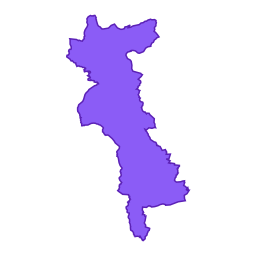 the district of Pestisani, Gorj, Romania
{"feature_id": "2599482B71789206417746", "entity_name": "Pestisani", "entity_type": "district", "adm_level": 2, "iso_a3": "ROU", "parent_name": "Romania", "parent_adm1": "Gorj", "projection": "equal_earth", "projection_center": [23.026, 45.127], "detail": "fine", "context": "isolated", "style": "filled", "palette": "violet", "viewbox_px": 256, "rotation_deg": 0, "n_neighbors": 0, "source": "geoboundaries", "source_scale": "gbopen_adm2", "svg_char_len": 5786}
<svg xmlns="http://www.w3.org/2000/svg" viewBox="0 0 256 256"><path d="M185.3,200.7L184.5,198.5L184.3,195.3L187.0,193.7L189.2,190.2L188.7,190.2L188.3,189.7L188.0,188.5L187.4,190.3L187.1,190.2L187.2,189.6L186.5,189.5L187.2,188.2L187.0,187.6L186.7,187.7L185.2,186.3L183.7,185.5L184.7,182.5L184.3,182.4L184.5,180.8L182.5,181.1L180.5,181.8L176.4,182.1L175.2,181.2L174.5,180.2L175.3,177.6L176.0,177.1L176.0,176.2L176.4,175.6L176.2,175.1L177.1,174.7L178.0,173.2L177.5,173.2L177.8,172.0L177.8,170.5L177.2,168.8L177.7,168.2L178.0,168.4L178.2,167.9L178.1,167.5L179.4,166.3L179.4,165.4L174.5,164.9L174.5,163.6L170.6,163.0L170.5,163.4L168.6,162.9L170.1,160.8L166.2,159.0L168.9,158.9L170.4,154.1L166.2,154.3L166.7,152.7L166.2,151.9L166.5,151.4L165.6,150.4L165.4,149.6L162.2,150.4L160.1,146.5L158.6,146.1L157.7,145.3L157.2,145.7L156.7,145.4L156.4,143.3L155.7,142.3L154.1,141.9L150.9,139.8L150.2,139.0L150.1,138.0L149.3,136.6L148.4,135.6L148.1,133.9L147.4,133.2L147.1,132.3L146.4,131.3L145.7,130.9L145.0,129.3L146.0,129.8L146.7,129.7L148.9,127.8L152.0,128.3L154.6,127.5L155.6,127.7L154.9,126.1L154.9,124.1L154.0,122.4L154.3,118.7L149.8,114.6L149.1,113.3L146.9,113.2L146.4,113.8L145.4,112.4L145.0,112.3L145.0,112.0L144.0,111.9L143.0,111.3L142.0,109.6L142.1,109.2L141.4,107.5L141.9,107.1L141.9,106.2L142.7,105.6L143.1,103.1L142.6,102.1L141.1,101.8L139.7,100.6L139.6,99.1L140.3,98.1L139.0,97.2L139.3,96.7L138.2,94.7L138.9,93.4L139.5,90.9L139.8,90.5L139.0,90.3L137.7,89.2L136.6,89.1L138.1,87.6L138.0,86.4L139.6,85.4L139.7,83.9L140.7,82.9L140.8,82.0L140.5,80.9L138.2,79.2L141.1,76.6L142.4,74.7L141.1,74.0L140.8,73.4L132.9,71.2L131.7,68.7L131.9,65.2L131.2,61.3L130.1,59.9L127.5,58.6L125.9,55.2L126.3,53.6L127.7,52.1L131.0,51.2L130.7,50.7L131.2,50.5L132.9,50.4L135.1,50.8L136.1,51.4L137.6,52.8L138.9,53.2L139.6,53.2L143.3,51.7L143.9,51.1L145.6,48.2L147.8,46.8L150.3,46.4L150.9,46.1L150.7,45.7L151.7,43.2L153.4,42.2L154.4,39.9L155.9,39.0L156.5,38.0L159.0,36.9L157.4,34.6L155.4,32.2L154.1,31.5L154.8,29.3L154.5,28.7L154.5,27.4L155.9,25.9L155.9,23.9L156.4,22.8L155.8,21.2L156.0,20.5L154.6,19.6L152.0,19.8L150.3,19.2L149.5,19.7L149.0,19.7L147.7,20.2L146.5,21.2L145.1,21.2L143.1,22.7L141.0,23.0L139.3,24.6L133.1,25.9L130.5,27.3L128.1,27.7L128.3,27.1L129.6,26.0L129.8,25.4L129.5,25.3L126.7,26.7L125.0,26.9L124.4,28.2L124.4,28.6L122.2,29.3L120.6,29.3L117.4,27.9L114.5,24.1L111.2,25.4L108.5,28.1L103.1,29.0L101.8,28.9L101.6,28.4L100.9,28.0L100.4,27.1L98.5,26.1L97.7,24.9L96.4,20.6L96.4,19.8L96.0,19.3L95.9,18.1L96.2,17.8L95.0,15.5L94.1,15.4L93.2,16.0L92.7,15.8L91.9,16.0L90.4,15.5L88.2,16.8L86.9,18.8L87.2,21.0L86.8,22.1L87.8,24.6L87.3,26.4L85.1,29.9L84.3,32.3L84.3,34.2L84.8,36.1L84.0,36.9L84.3,38.8L83.4,39.3L82.4,41.1L80.8,40.9L79.3,40.2L78.9,40.2L78.6,40.6L78.1,40.5L76.5,39.5L69.8,38.8L70.1,39.6L70.1,44.2L71.2,46.7L71.2,48.7L70.8,49.4L69.7,49.3L69.0,49.9L68.6,51.2L69.2,51.9L69.0,52.9L69.3,53.6L68.4,55.0L67.1,55.2L66.8,56.1L66.8,56.9L69.9,59.1L71.2,61.0L72.3,60.7L74.1,62.7L75.8,63.0L75.8,63.9L76.9,66.4L77.4,66.1L79.2,66.0L80.0,66.6L81.5,66.6L82.8,67.5L84.1,67.4L84.7,68.1L85.5,68.1L85.6,68.7L83.9,69.9L84.8,70.8L84.3,71.3L84.5,71.8L86.3,71.3L87.4,71.6L88.0,71.1L88.5,72.1L89.6,71.2L90.2,71.6L90.5,72.2L89.8,73.2L88.9,73.5L88.8,75.0L87.6,75.6L88.3,76.2L89.4,76.1L90.3,77.6L90.1,77.9L89.0,78.0L88.7,78.6L87.9,79.1L88.2,80.2L90.4,80.5L90.8,79.8L91.8,80.5L93.9,80.6L94.2,80.8L94.2,82.0L95.7,82.3L97.1,82.1L98.5,83.5L98.5,83.8L97.9,83.7L97.1,84.0L96.7,85.1L94.6,85.7L89.0,89.5L88.3,90.7L85.8,93.2L85.0,94.6L83.7,99.2L82.7,101.4L78.8,104.7L78.5,105.3L78.4,106.3L77.6,107.7L77.6,110.3L77.9,111.0L77.8,111.6L78.9,112.7L79.0,113.3L79.5,113.8L79.9,115.0L79.8,115.7L80.2,116.4L80.1,117.3L81.0,117.6L80.3,118.4L80.8,119.2L80.5,120.0L81.0,121.5L80.8,122.6L81.7,123.4L81.7,125.7L83.0,125.7L83.9,125.1L84.3,125.5L84.9,125.1L87.9,125.0L91.2,123.4L93.4,123.1L95.5,123.3L96.5,123.9L98.0,124.1L99.1,124.8L100.4,125.1L102.9,127.2L103.4,128.0L102.6,129.6L102.6,131.9L103.5,132.4L103.9,133.4L104.9,134.9L105.1,135.0L105.1,134.7L106.6,135.2L107.8,135.0L108.6,135.4L112.2,138.6L114.1,140.9L115.3,143.0L119.5,146.5L119.3,148.5L116.8,151.6L116.9,152.8L117.4,153.3L117.0,154.7L117.4,154.8L117.0,156.2L117.5,156.2L118.3,158.0L119.1,162.7L120.2,165.6L122.0,168.0L121.7,169.2L120.7,169.9L120.2,171.8L120.9,172.4L120.8,173.3L121.2,174.5L121.2,175.7L119.2,177.8L119.2,178.6L119.9,180.3L121.7,182.5L121.1,183.1L121.1,183.8L120.1,184.1L120.1,184.5L119.4,184.9L119.3,185.5L119.5,185.9L119.2,186.3L119.5,187.6L119.0,188.6L119.1,189.3L117.7,190.5L118.3,191.2L122.7,194.3L128.5,194.7L128.6,195.6L129.6,196.3L129.0,197.1L129.3,197.4L129.3,197.8L129.9,198.1L129.9,198.7L130.2,199.1L129.8,199.2L129.8,200.2L129.0,200.9L129.2,201.6L128.8,201.6L128.9,201.8L128.6,202.3L128.1,201.8L127.6,202.2L128.3,203.4L128.3,205.0L127.6,205.9L126.2,206.8L126.1,207.8L126.4,209.0L127.2,209.8L127.2,211.2L127.0,212.0L128.1,212.9L129.2,213.1L129.2,214.1L128.4,215.9L128.2,217.1L128.5,218.0L129.5,219.2L129.6,221.6L129.3,222.2L130.1,224.0L130.4,225.3L130.3,226.0L130.7,226.7L130.4,227.7L130.7,230.1L131.7,230.8L132.3,230.9L133.6,232.9L133.5,234.0L134.0,234.5L134.4,235.9L135.0,236.1L135.1,236.6L137.2,236.2L138.7,236.5L140.0,236.1L140.4,236.7L140.0,237.4L140.7,237.4L142.0,239.4L143.0,239.9L142.6,240.3L143.1,240.6L144.9,239.1L145.2,238.3L145.1,236.8L147.0,235.0L147.1,233.7L147.9,232.1L148.0,231.3L149.2,230.4L149.7,228.5L149.6,228.3L145.4,226.9L145.7,225.2L144.3,223.0L145.1,220.6L145.9,216.1L145.0,216.3L144.5,215.4L144.7,214.8L143.1,214.3L142.5,214.5L142.6,213.7L143.4,212.7L143.0,212.6L143.3,211.6L142.3,210.2L142.6,207.1L146.5,207.4L148.7,205.8L149.7,205.9L150.2,206.4L150.7,206.2L151.6,207.0L154.8,206.6L157.9,205.7L160.1,204.6L163.0,203.9L165.5,204.6L165.6,205.2L170.1,204.9L178.2,201.8L185.3,200.7Z" fill="#8b5cf6" stroke="#5b21b6" stroke-width="1.5"/></svg>